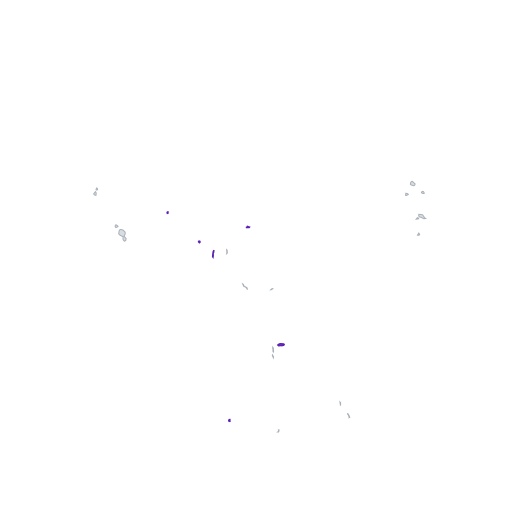 location of Tuamotu-Gambier within French Polynesia, rotated 35°
{"feature_id": "PYF-4965", "entity_name": "Tuamotu-Gambier", "entity_type": "state/province", "adm_level": 1, "iso_a3": "PYF", "parent_name": "French Polynesia", "parent_adm1": "", "projection": "albers", "projection_center": [-142.294, -18.652], "detail": "coarse", "context": "in_parent", "style": "filled", "palette": "violet", "viewbox_px": 512, "rotation_deg": 35, "n_neighbors": 0, "source": "natural_earth", "source_scale": "10m", "svg_char_len": 3061}
<svg xmlns="http://www.w3.org/2000/svg" viewBox="0 0 512 512"><g transform="rotate(35 256 256)"><path d="M136.5,315.4L139.7,316.3L140.4,318.1L139.8,319.3L138.1,319.0L137.3,318.4L136.1,316.4L133.0,317.0L130.8,316.6L129.5,313.9L129.4,312.7L129.9,311.9L132.2,311.0L135.1,311.5L136.2,313.0L136.5,315.4ZM368.8,126.7L372.3,128.0L373.4,127.9L372.3,129.1L368.8,129.7L367.6,130.2L366.2,129.8L365.5,128.4L368.8,126.7ZM344.6,108.2L342.4,108.8L341.3,108.7L340.5,106.8L340.8,105.6L341.1,105.2L345.0,105.7L345.3,106.6L345.3,107.4L344.6,108.2ZM89.2,298.5L88.3,298.6L87.4,298.2L87.5,295.8L87.7,295.3L89.0,296.1L90.1,298.1L89.2,298.5ZM125.4,312.4L124.8,313.1L123.8,312.7L123.4,312.1L123.2,311.5L123.4,310.7L125.5,310.7L126.1,311.0L125.4,312.4ZM356.7,109.1L355.2,109.3L355.0,108.1L355.4,107.5L356.1,107.2L357.2,107.6L357.8,108.1L357.8,108.5L356.7,109.1ZM344.4,120.2L343.9,120.6L343.0,119.2L342.8,118.6L344.6,117.9L345.5,118.3L344.4,120.2ZM221.2,281.1L221.3,281.5L220.8,281.5L220.0,280.3L219.6,279.3L219.1,278.2L218.4,277.3L218.3,276.5L218.2,275.3L219.1,277.2L219.9,278.7L220.5,279.9L221.2,281.1ZM325.7,316.3L325.8,316.8L325.0,316.7L324.8,316.6L324.8,315.7L325.4,314.7L325.9,313.9L326.8,313.1L328.5,312.3L329.3,312.0L329.5,312.2L329.2,312.3L326.5,313.9L325.6,315.1L325.2,315.9L325.3,316.2L325.7,316.3ZM377.1,145.9L376.3,146.3L376.2,143.8L377.3,144.3L377.8,144.7L377.6,145.4L377.1,145.9ZM325.2,324.1L325.3,324.8L324.5,324.3L323.7,323.1L322.3,321.7L322.0,321.0L323.1,321.6L323.8,322.5L325.2,324.1ZM87.6,293.4L87.2,293.6L86.8,293.2L86.6,292.5L86.6,291.5L87.8,292.1L88.2,292.6L87.6,293.4ZM367.9,132.2L366.1,134.0L366.2,132.0L366.8,131.8L367.4,131.8L367.9,132.2ZM425.4,334.5L425.0,335.0L425.0,334.5L424.3,334.3L423.5,333.7L422.4,333.1L421.7,333.0L421.4,332.7L421.9,332.5L422.6,332.8L423.6,333.3L424.7,333.9L425.4,334.5ZM230.8,269.9L230.6,270.9L230.2,269.9L228.8,268.3L228.3,267.6L228.9,267.7L230.8,269.9ZM328.3,328.6L328.6,329.5L328.1,329.1L326.4,328.2L326.2,327.5L328.3,328.6ZM267.1,287.3L268.3,288.5L266.7,287.7L264.6,287.4L265.4,287.2L266.5,287.2L267.1,287.3ZM264.2,287.7L263.3,287.9L261.1,286.5L261.9,286.5L263.2,287.3L264.2,287.7ZM410.6,329.3L410.6,329.7L408.5,327.4L409.4,327.6L410.6,329.3ZM375.4,387.3L374.7,387.7L375.0,387.1L374.5,385.8L374.1,385.6L374.5,385.2L375.2,386.2L375.4,387.3ZM287.8,275.0L287.4,275.3L287.9,273.4L288.5,273.2L287.8,275.0Z" fill="#d9dde1" stroke="#a8b0b8" stroke-width="1"/><path d="M328.6,314.6L327.5,315.2L326.2,316.4L325.1,316.3L325.4,315.2L326.3,313.9L329.2,312.3L329.8,312.4L329.9,312.9L329.7,313.4L328.6,314.6ZM328.0,405.3L328.4,405.0L329.4,406.4L328.8,406.8L328.2,406.6L327.9,406.0L328.0,405.3ZM200.9,276.4L201.5,276.2L202.0,276.5L202.2,277.0L202.0,277.6L200.8,277.3L200.6,276.9L200.9,276.4ZM221.3,281.5L220.8,281.3L219.7,279.3L218.4,276.5L218.2,275.3L218.5,276.3L219.1,277.2L219.5,278.9L220.5,279.9L221.3,281.5ZM158.9,271.9L158.4,271.6L158.2,271.1L158.3,270.6L158.6,270.4L159.3,271.4L158.9,271.9ZM231.4,238.5L232.4,237.3L233.9,236.3L231.3,236.9L234.1,236.1L234.1,236.5L231.4,238.5Z" fill="#8b5cf6" stroke="#5b21b6" stroke-width="1.5"/></g></svg>